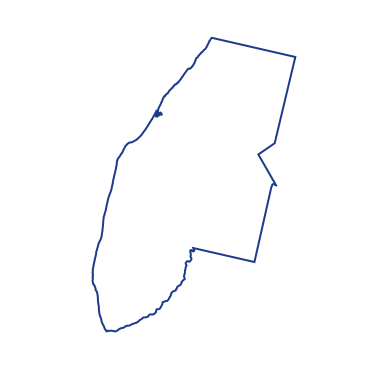 the district of Adolfo Alsina, Río Negro, Argentina, rotated 103°
{"feature_id": "61730980B95988601788876", "entity_name": "Adolfo Alsina", "entity_type": "district", "adm_level": 2, "iso_a3": "ARG", "parent_name": "Argentina", "parent_adm1": "Río Negro", "projection": "robinson", "projection_center": [-63.547, -40.776], "detail": "fine", "context": "isolated", "style": "outline", "palette": "blue", "viewbox_px": 384, "rotation_deg": 103, "n_neighbors": 0, "source": "geoboundaries", "source_scale": "gbopen_adm2", "svg_char_len": 6043}
<svg xmlns="http://www.w3.org/2000/svg" viewBox="0 0 384 384"><g transform="rotate(103 192 192)"><path d="M37.2,121.7L37.3,207.4L37.5,207.5L38.1,207.9L40.9,208.8L41.2,209.1L42.4,209.2L46.5,210.2L47.5,210.4L49.4,211.1L50.7,212.0L51.3,212.5L51.8,212.8L52.2,212.9L53.0,213.2L53.4,213.8L54.2,214.4L54.4,214.5L55.0,214.5L55.4,214.8L55.7,215.2L57.5,216.0L57.9,216.4L58.5,216.5L59.4,217.0L60.1,217.3L60.4,217.8L60.7,217.9L61.1,217.9L62.1,218.2L62.8,218.2L64.1,218.4L64.8,218.6L66.2,218.6L66.9,219.1L67.2,219.1L67.6,219.3L68.4,219.4L69.1,219.8L69.7,220.0L70.2,220.4L70.8,220.6L71.1,220.9L72.1,221.4L72.3,221.6L72.4,222.7L72.7,223.1L72.7,223.3L72.9,223.5L75.6,224.8L77.0,225.3L77.7,225.5L78.5,226.0L79.4,226.3L79.7,226.5L81.2,226.9L82.3,227.5L83.7,228.1L84.4,228.2L85.0,228.6L87.2,229.5L87.6,229.8L88.1,230.2L88.4,230.2L88.4,230.4L89.0,230.6L89.3,230.9L89.4,231.1L89.9,231.2L90.5,231.6L90.7,232.2L91.1,232.9L91.6,232.9L91.8,233.1L92.3,233.2L92.7,233.4L93.2,233.9L93.3,234.0L93.6,234.0L94.4,234.3L94.7,234.4L94.7,234.6L95.7,235.3L96.6,235.6L97.9,236.6L99.2,237.2L100.5,237.5L100.8,237.8L101.4,237.9L101.6,238.1L101.8,238.4L102.6,239.1L103.5,239.4L103.7,239.5L105.1,240.1L105.2,240.4L104.9,240.5L105.2,240.7L106.0,241.0L107.0,241.0L107.5,241.2L108.1,241.5L110.1,241.5L110.5,241.7L111.1,241.9L111.3,242.0L112.7,242.1L114.1,242.5L114.8,242.6L116.7,243.2L117.7,243.4L121.3,243.4L121.7,243.2L122.3,243.2L122.9,243.0L123.3,242.7L124.0,242.5L124.0,242.2L122.7,241.5L122.1,241.2L121.7,240.7L121.8,240.2L122.6,239.4L123.3,238.9L123.5,239.0L123.5,239.3L122.6,239.8L122.6,240.1L122.9,240.4L122.9,240.7L123.2,240.8L123.4,240.9L123.7,240.8L124.0,240.8L124.1,241.1L124.4,241.4L125.1,241.7L125.5,242.4L125.5,242.6L125.8,243.1L126.3,243.0L126.4,243.6L126.5,243.9L126.4,244.2L124.9,244.2L124.0,243.8L123.4,243.8L122.1,244.2L121.5,244.5L121.0,244.6L120.9,244.9L122.1,245.0L123.1,245.4L125.5,246.0L126.2,246.3L127.1,246.5L128.7,246.9L131.3,247.9L134.5,248.9L139.3,250.6L141.1,251.3L141.4,251.3L142.9,252.1L147.5,253.9L148.8,254.6L151.7,256.5L153.6,257.8L154.4,258.7L154.6,259.1L155.8,260.2L156.6,261.3L156.9,261.6L157.2,262.1L157.5,263.1L157.8,263.5L157.8,263.8L158.0,264.2L158.6,264.7L158.8,265.0L159.3,265.4L159.8,265.8L160.1,265.9L160.5,266.3L160.8,266.5L161.2,266.5L162.4,267.3L164.1,267.6L166.4,268.3L167.5,268.5L168.3,268.5L169.1,268.9L169.6,268.9L170.1,269.3L170.5,269.4L172.1,270.0L172.9,270.2L173.3,270.4L174.3,270.8L174.9,271.2L175.7,271.4L176.0,271.6L176.5,271.8L177.3,271.8L178.4,272.1L180.4,271.8L183.3,271.5L184.7,271.5L186.2,271.4L186.9,271.4L191.7,271.4L193.7,271.5L195.4,271.4L195.9,271.4L196.8,271.4L199.8,271.4L200.7,271.2L204.7,271.2L205.6,271.1L209.2,271.2L211.3,271.5L211.8,271.6L212.3,271.6L213.9,271.9L217.9,272.2L221.8,272.1L224.3,272.2L225.3,272.0L227.3,272.1L229.1,271.9L230.9,272.1L231.9,272.2L233.0,272.2L233.3,272.1L233.7,272.1L234.7,272.3L236.3,272.4L238.5,272.1L238.9,272.0L239.6,272.0L240.3,271.9L241.1,271.8L243.2,271.4L245.5,271.1L246.6,271.0L247.3,270.9L249.5,270.6L256.2,270.1L259.4,270.4L259.8,270.7L260.6,270.8L261.3,271.0L262.2,271.1L262.8,271.4L267.4,271.5L268.8,271.6L269.4,271.7L270.0,271.6L270.4,271.7L271.8,271.8L274.7,271.5L277.7,271.5L278.7,271.6L280.5,271.5L281.6,271.4L282.4,271.5L283.4,271.4L283.7,271.5L284.4,271.4L284.7,271.4L284.9,271.4L285.5,271.4L286.4,271.4L286.7,271.3L291.0,271.1L292.1,270.6L293.1,270.7L293.5,270.6L293.7,270.3L294.7,270.1L295.0,269.9L295.4,269.8L295.7,269.7L296.6,269.9L296.9,269.9L297.0,269.8L297.0,269.6L297.3,269.5L297.6,269.5L298.1,269.3L298.9,269.1L300.5,269.0L301.8,268.6L302.2,268.3L302.9,268.0L303.4,267.9L303.8,267.5L304.3,267.1L304.3,266.8L305.0,266.0L306.4,265.3L306.7,264.9L307.5,264.5L307.7,264.3L308.7,263.9L309.1,263.9L309.8,263.3L309.9,263.0L310.2,262.5L310.8,262.1L312.1,261.5L315.9,260.0L319.0,259.2L319.8,258.9L321.9,258.2L324.1,257.2L326.4,256.5L327.4,256.3L330.6,255.2L333.6,253.7L335.2,252.5L336.7,251.7L337.4,251.4L338.2,251.1L339.5,250.4L339.9,249.9L341.6,248.7L342.1,248.0L342.5,247.8L345.2,246.0L346.1,244.8L346.3,244.3L346.6,244.2L346.4,243.9L346.8,243.7L346.5,243.1L345.5,240.3L345.2,238.7L345.2,237.4L345.2,236.3L345.1,235.7L344.8,234.9L344.2,234.0L343.6,233.4L342.0,232.2L341.6,231.7L340.7,230.5L340.0,228.9L339.4,227.9L338.8,227.3L337.5,226.3L337.1,225.6L336.4,223.5L336.0,222.7L335.8,222.3L334.2,220.7L333.9,220.2L332.3,217.4L331.8,216.6L330.0,215.0L328.4,214.0L328.0,213.6L327.6,213.0L327.0,212.4L326.3,211.9L325.5,211.4L325.0,210.6L324.5,208.9L324.3,208.4L323.6,207.3L323.3,206.9L323.1,206.7L321.7,206.3L321.3,206.0L321.0,205.8L320.6,205.0L320.3,203.1L320.1,202.5L319.5,201.6L318.4,200.7L317.9,200.4L316.8,200.1L315.5,200.2L314.8,200.2L314.5,200.1L314.1,199.7L313.7,198.2L313.5,197.8L312.7,197.1L311.6,196.6L307.9,195.7L307.5,195.6L306.3,195.8L305.8,195.7L305.6,195.5L305.1,194.4L304.3,193.1L303.8,191.9L303.1,191.3L301.5,190.5L300.2,190.3L299.0,189.9L298.7,189.7L298.3,189.5L297.3,189.3L296.7,189.5L296.0,189.6L294.7,189.1L293.5,188.5L293.2,188.1L292.3,187.0L291.8,185.9L291.4,185.7L290.5,185.7L289.6,185.1L288.3,185.1L287.3,184.7L287.0,184.5L286.5,183.8L285.5,182.9L285.4,182.7L285.1,182.4L284.6,182.2L283.8,182.0L283.5,181.8L282.9,181.9L282.0,181.6L281.6,181.7L280.5,181.1L278.4,179.5L277.8,179.7L276.3,180.8L276.1,180.9L275.3,180.7L274.5,180.9L274.1,180.9L273.7,180.9L273.4,180.8L272.6,180.7L270.1,181.2L268.3,181.0L266.6,181.2L264.9,180.8L264.5,181.0L263.7,181.7L263.0,182.1L262.6,182.1L262.2,182.1L261.6,181.9L260.6,181.1L260.4,180.7L260.3,180.4L260.3,180.1L260.6,179.2L260.5,178.9L260.4,178.7L259.4,178.1L258.1,177.5L257.4,177.5L256.7,177.7L256.4,177.9L255.9,178.5L255.2,179.0L254.7,179.0L254.2,178.9L253.7,179.0L252.4,179.4L249.8,180.5L249.2,180.4L248.9,180.2L248.8,179.6L249.0,178.8L249.5,178.3L249.6,177.9L249.6,177.5L249.5,177.2L249.4,177.0L249.1,176.8L248.7,176.6L248.2,176.8L247.8,177.0L247.1,177.7L246.3,178.2L246.2,115.4L169.0,115.8L168.2,115.4L167.0,115.5L166.6,115.3L166.1,114.8L165.7,114.1L165.7,113.9L166.0,113.3L166.6,112.3L166.7,111.9L166.6,111.6L140.5,135.8L125.9,122.4L37.2,121.7Z" fill="none" stroke="#1e3a8a" stroke-width="2"/></g></svg>